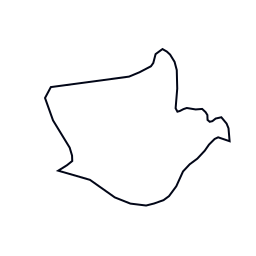 outline of Cerkno, rotated 233°
{"feature_id": "SVN-1010", "entity_name": "Cerkno", "entity_type": "Municipality", "adm_level": 1, "iso_a3": "SVN", "parent_name": "Slovenia", "parent_adm1": "", "projection": "orthographic", "projection_center": [13.959, 46.128], "detail": "fine", "context": "isolated", "style": "outline", "palette": "ink", "viewbox_px": 256, "rotation_deg": 233, "n_neighbors": 0, "source": "natural_earth", "source_scale": "10m", "svg_char_len": 752}
<svg xmlns="http://www.w3.org/2000/svg" viewBox="0 0 256 256"><g transform="rotate(233 128 128)"><path d="M207.1,91.0L168.4,159.8L165.6,170.7L163.5,183.5L164.7,187.3L170.4,194.5L170.3,203.0L165.7,205.0L161.3,205.8L152.8,205.0L144.9,201.8L129.8,191.0L115.1,177.9L111.3,177.3L110.4,179.6L109.7,183.7L108.6,187.0L102.1,193.2L98.6,198.7L94.0,199.5L90.6,199.2L86.6,196.4L83.8,197.0L82.7,199.5L82.8,203.7L80.4,209.0L72.2,209.4L67.3,208.1L56.3,201.2L66.3,194.4L67.1,190.6L66.0,182.7L63.7,175.7L61.8,164.9L61.9,155.5L60.2,145.8L52.4,131.5L48.9,119.7L49.0,113.0L52.0,103.4L55.2,95.8L66.2,84.4L80.5,75.7L109.5,66.4L135.9,46.6L135.0,56.9L135.2,63.6L139.6,66.7L147.4,69.6L179.2,72.7L201.9,79.8L207.1,91.0Z" fill="none" stroke="#020617" stroke-width="2"/></g></svg>